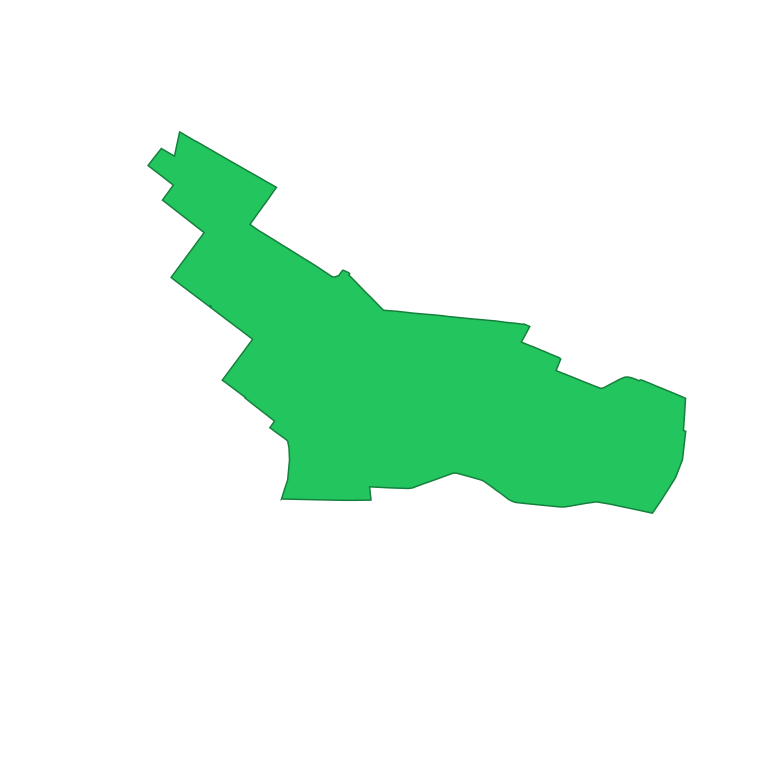 the district of Dorobantu, Calarasi, Romania, rotated 294°
{"feature_id": "2599482B87906677909085", "entity_name": "Dorobantu", "entity_type": "district", "adm_level": 2, "iso_a3": "ROU", "parent_name": "Romania", "parent_adm1": "Calarasi", "projection": "equal_earth", "projection_center": [27.004, 44.232], "detail": "fine", "context": "isolated", "style": "filled", "palette": "green", "viewbox_px": 768, "rotation_deg": 294, "n_neighbors": 0, "source": "geoboundaries", "source_scale": "gbopen_adm2", "svg_char_len": 4106}
<svg xmlns="http://www.w3.org/2000/svg" viewBox="0 0 768 768"><g transform="rotate(294 384 384)"><path d="M491.9,80.6L487.6,79.6L486.0,86.0L485.0,90.4L480.0,110.6L472.7,109.1L461.9,106.8L455.7,131.7L455.0,134.6L449.1,158.1L434.9,155.0L412.2,150.0L395.8,146.4L394.7,146.2L393.9,149.4L392.5,155.2L388.5,172.6L387.3,177.7L386.3,182.0L385.6,185.2L383.7,193.2L384.9,193.5L384.6,194.6L383.4,194.4L379.4,211.5L378.7,214.5L375.9,226.6L375.2,229.8L374.0,235.0L373.0,239.2L371.4,245.8L369.8,245.4L355.7,242.3L321.7,234.7L320.6,240.0L319.8,243.2L318.8,247.8L318.0,251.2L317.4,253.9L315.7,261.1L315.4,262.8L314.7,262.7L314.6,263.3L314.1,265.2L313.2,268.4L312.0,273.2L310.9,277.6L309.3,284.1L307.7,290.8L306.8,294.1L305.6,299.1L297.6,297.5L296.7,301.8L296.1,304.3L295.3,308.2L294.9,310.2L294.2,313.4L293.3,317.6L293.0,318.6L292.5,319.3L292.0,319.7L289.8,321.2L287.2,323.1L275.9,328.7L269.3,330.9L257.2,335.0L247.9,335.9L238.5,337.0L236.9,337.2L237.5,337.7L247.2,360.9L260.8,393.2L265.2,403.2L268.7,410.8L272.7,419.3L274.7,418.2L277.4,416.6L280.4,414.9L284.2,412.7L287.5,421.2L291.9,432.6L296.7,444.4L296.9,444.9L298.3,448.4L299.3,450.2L300.0,451.4L301.0,452.6L304.1,455.8L306.0,457.7L309.6,461.4L313.8,465.9L320.6,473.0L324.6,477.1L330.0,482.7L330.6,483.5L331.2,484.5L331.6,485.4L332.1,486.7L332.5,489.3L333.2,493.9L334.4,501.7L335.4,508.9L335.6,510.1L335.9,513.5L335.8,514.5L334.9,519.3L334.3,522.3L332.5,530.0L331.6,535.0L330.7,538.7L329.8,542.4L329.2,544.9L329.1,547.0L329.0,548.6L329.1,550.5L329.3,552.3L331.8,560.2L334.8,569.3L342.5,592.5L343.6,595.6L345.4,599.4L347.9,603.3L357.2,617.1L361.9,624.7L362.5,625.5L363.1,627.3L366.4,640.3L375.2,681.8L391.3,684.7L415.4,688.2L417.7,688.4L436.1,687.5L443.6,685.2L445.0,684.7L445.6,684.5L463.5,678.9L463.3,676.5L479.7,670.5L493.6,665.3L493.5,656.3L493.4,651.5L493.2,645.8L493.1,639.3L493.0,638.7L492.8,632.0L492.8,629.2L492.7,625.6L492.5,620.0L492.4,617.9L492.3,617.5L492.2,616.9L491.9,616.5L491.5,616.1L491.0,615.9L490.7,615.7L490.6,615.4L490.6,614.9L490.7,613.9L490.7,613.1L490.7,611.6L490.4,608.1L490.2,606.5L489.8,605.4L489.6,604.0L489.3,603.2L488.9,602.6L488.3,601.4L487.7,600.7L487.3,600.3L485.6,598.7L484.5,597.7L483.6,596.9L478.9,593.3L476.2,591.1L472.5,588.2L470.7,586.9L469.1,585.2L468.5,584.3L468.2,583.5L468.1,582.7L467.7,574.7L467.6,571.2L467.3,565.2L467.1,558.6L467.0,554.7L466.7,546.9L466.3,538.1L466.2,535.8L467.7,535.7L473.1,535.5L478.5,535.3L478.6,535.1L479.0,534.6L479.2,534.1L479.3,533.5L479.2,530.2L479.2,529.6L479.1,526.1L479.0,525.0L479.0,521.9L479.0,520.3L479.0,517.2L478.8,513.9L478.8,510.6L478.7,505.1L478.4,501.0L478.2,493.5L478.3,492.4L483.3,492.9L488.9,493.3L494.8,493.7L495.8,493.8L495.8,492.1L495.7,487.3L495.3,486.9L494.6,485.1L493.9,482.5L492.6,478.4L490.2,471.3L486.9,460.0L486.1,457.7L484.2,452.2L482.4,446.8L480.3,440.9L478.5,435.5L476.9,430.6L475.0,424.9L474.7,424.2L474.2,422.3L471.7,415.0L470.3,410.0L469.7,408.3L468.7,405.2L460.0,380.1L460.0,379.8L458.0,373.5L456.6,369.1L455.8,366.4L455.2,364.8L454.3,362.4L452.9,358.4L451.8,355.3L451.4,354.1L451.3,353.9L451.1,353.7L453.2,348.3L454.7,344.6L457.2,338.3L457.8,336.8L460.5,329.5L465.9,316.2L469.2,307.7L469.4,307.7L470.1,307.8L470.8,307.8L471.1,307.2L471.3,305.9L471.4,300.5L471.2,300.1L470.5,299.8L468.4,299.3L465.1,298.7L464.4,298.3L462.7,296.5L461.6,295.1L460.9,293.5L461.2,291.4L464.5,271.5L465.5,264.5L465.9,260.9L466.9,253.7L468.2,244.7L469.3,236.1L470.5,227.8L471.6,219.5L472.4,213.8L473.0,208.9L473.4,205.8L473.5,205.5L473.9,203.5L474.7,199.6L475.4,196.7L478.0,197.2L483.4,198.3L486.4,198.9L490.0,199.6L493.0,200.3L496.0,200.9L497.3,201.1L497.9,201.3L500.3,201.9L501.1,202.1L502.1,202.3L503.8,202.6L506.9,203.2L509.5,203.7L511.1,204.0L514.6,204.7L516.5,205.1L519.9,205.8L520.1,203.9L521.0,194.5L523.0,175.0L523.4,170.2L524.7,157.7L525.5,149.5L527.8,127.8L529.3,113.6L529.1,113.2L530.8,98.4L531.0,96.4L531.1,94.8L528.8,95.2L527.8,95.5L524.4,96.2L520.6,97.0L517.1,97.7L513.5,98.5L511.0,99.0L507.5,99.8L507.0,99.9L507.2,97.7L507.5,94.7L508.0,90.2L508.2,88.3L508.4,86.2L508.5,85.1L508.6,84.8L496.1,81.6L491.9,80.6Z" fill="#22c55e" stroke="#15803d" stroke-width="1.5"/></g></svg>